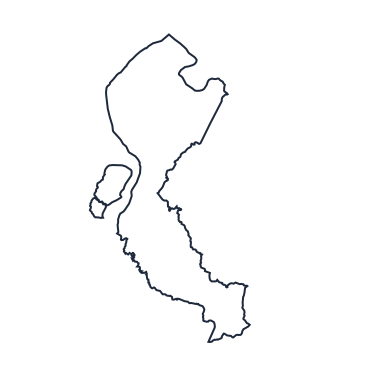 Amapá, Amapá, Brazil (Robinson projection), rotated 232°
{"feature_id": "56859067B97677328674999", "entity_name": "Amapá", "entity_type": "district", "adm_level": 2, "iso_a3": "BRA", "parent_name": "Brazil", "parent_adm1": "Amapá", "projection": "robinson", "projection_center": [-50.772, 1.676], "detail": "fine", "context": "isolated", "style": "outline", "palette": "slate", "viewbox_px": 384, "rotation_deg": 232, "n_neighbors": 0, "source": "geoboundaries", "source_scale": "gbopen_adm2", "svg_char_len": 6082}
<svg xmlns="http://www.w3.org/2000/svg" viewBox="0 0 384 384"><g transform="rotate(232 192 192)"><path d="M205.4,107.4L201.4,109.0L200.1,108.6L198.2,106.7L197.5,106.8L196.6,108.3L196.7,109.9L196.3,111.2L196.0,111.8L194.8,112.1L194.4,110.7L192.8,109.2L191.7,107.4L190.5,106.6L190.2,105.2L189.2,104.3L189.0,102.9L187.5,102.5L187.2,101.8L186.6,101.7L184.4,101.6L184.6,102.4L182.1,103.2L182.4,105.3L181.2,105.6L180.3,106.4L180.2,107.2L180.5,107.7L180.1,108.1L179.5,107.8L178.8,108.1L178.3,107.8L177.9,108.0L177.3,107.5L177.5,106.8L178.7,105.3L178.2,105.2L176.7,106.1L176.1,106.1L175.8,104.7L176.7,103.7L174.2,103.2L174.3,104.1L173.7,104.4L172.4,104.1L170.8,105.7L169.2,105.7L168.6,106.0L167.4,104.5L167.0,102.9L166.0,104.1L164.8,104.6L163.4,103.6L163.3,102.6L162.6,102.4L160.9,103.5L161.2,102.2L160.4,102.2L159.6,102.9L159.2,102.6L157.7,104.5L157.2,106.7L155.2,105.9L155.3,105.1L154.1,104.9L151.0,103.2L150.2,103.2L149.8,103.7L149.2,103.4L147.6,101.9L147.1,102.4L146.5,102.3L145.4,101.3L144.5,101.6L142.8,100.8L141.0,101.1L140.5,101.5L140.3,102.9L139.8,103.6L136.5,103.6L133.8,105.9L129.5,105.9L127.8,108.0L126.0,108.3L123.8,110.4L123.5,111.1L121.6,111.6L119.4,110.4L118.3,111.5L117.6,113.8L116.4,113.9L116.3,114.6L116.6,115.1L115.7,116.0L110.4,119.0L108.1,121.2L106.0,121.5L104.9,123.2L101.5,126.0L101.0,127.0L100.4,127.0L99.9,128.0L98.4,128.1L96.1,129.7L94.9,130.1L92.2,129.6L90.9,128.4L89.2,125.3L87.6,124.9L86.8,123.6L85.5,123.2L83.8,121.8L83.2,121.8L80.7,123.7L79.9,125.0L80.2,125.8L80.1,126.4L79.0,127.9L75.9,129.1L74.3,128.6L71.8,127.1L71.1,126.3L63.8,112.7L62.8,113.7L62.1,115.1L61.8,115.9L62.1,117.1L61.7,118.8L60.9,119.7L60.4,121.0L59.7,121.5L58.8,124.9L58.8,125.6L59.8,126.6L60.9,129.8L60.2,130.4L57.3,131.4L54.6,134.1L52.6,134.4L52.0,135.0L52.1,138.4L51.9,139.3L49.7,141.9L49.5,142.8L49.9,144.2L51.3,145.9L52.2,148.0L51.4,153.5L51.8,155.7L54.1,155.1L54.9,154.5L58.2,154.7L60.1,154.3L60.9,154.8L62.1,157.3L63.4,157.6L65.0,159.5L66.3,160.1L69.8,160.4L71.1,162.1L73.8,163.9L77.9,167.8L78.4,169.0L80.3,171.3L83.4,174.4L83.8,174.9L83.8,177.7L84.3,177.6L85.3,176.2L86.6,175.4L87.5,175.7L89.1,174.4L90.2,172.7L93.8,170.6L94.1,168.5L95.9,166.8L96.5,165.1L96.4,162.6L96.0,161.8L95.3,161.5L95.4,160.7L96.3,160.4L96.8,160.9L97.4,161.0L98.8,160.6L99.5,159.7L101.1,159.3L101.7,159.8L104.1,157.9L107.2,157.8L106.7,156.3L107.5,154.9L109.4,152.5L111.3,152.1L113.0,152.7L115.5,154.3L117.2,156.3L121.7,153.5L122.4,154.2L123.7,154.6L126.6,152.8L128.2,153.0L129.0,153.8L130.1,153.9L130.6,154.7L130.6,155.6L132.5,156.4L133.2,157.7L135.1,159.3L136.0,159.7L136.6,161.4L137.8,160.5L138.5,161.0L139.0,160.8L139.2,160.2L142.2,158.9L143.4,159.4L144.8,159.1L146.1,157.5L148.3,158.0L149.2,157.2L150.4,157.8L153.2,160.4L154.2,160.4L156.3,162.6L160.2,162.5L161.1,163.5L163.7,164.5L165.4,164.0L168.3,164.5L169.5,165.3L170.8,165.3L173.3,164.1L174.6,165.1L175.6,164.6L175.8,164.0L177.6,164.0L178.7,164.5L179.8,165.7L180.8,166.0L181.9,167.6L182.4,167.4L183.4,167.8L184.5,167.4L186.0,169.7L185.4,171.7L185.0,171.6L184.7,172.1L184.8,172.6L185.4,172.8L186.5,171.7L187.1,172.0L188.3,170.4L190.1,171.1L189.5,168.0L190.2,166.8L191.5,166.2L191.6,164.8L190.9,162.8L191.5,162.6L192.6,163.2L193.2,164.9L193.7,165.0L195.3,164.1L199.1,166.9L201.0,166.6L202.4,164.8L204.4,164.1L212.3,164.2L212.1,165.5L212.9,166.8L213.6,170.6L214.3,172.5L216.5,176.2L216.7,177.7L216.2,180.0L217.1,181.2L217.9,181.1L218.4,180.4L219.1,180.5L219.2,181.5L221.3,182.0L223.7,185.0L224.0,185.9L223.3,187.3L223.0,188.9L222.0,189.8L222.1,191.7L224.0,196.2L225.4,196.8L226.2,196.6L226.7,197.2L226.2,200.9L227.0,202.1L226.9,204.4L228.3,206.3L228.6,207.3L228.5,209.6L227.9,211.4L228.4,212.5L228.9,215.3L228.4,218.4L228.6,219.5L230.2,220.9L230.2,221.6L228.3,222.4L227.9,223.2L229.1,224.2L229.0,225.5L227.6,226.5L225.5,227.2L225.2,228.7L234.8,248.5L245.3,271.4L246.6,272.4L247.7,273.8L248.0,274.9L248.2,278.4L247.2,279.6L247.1,280.3L248.5,280.3L251.3,279.5L252.0,279.6L254.5,281.7L256.3,283.9L258.3,283.7L260.0,284.1L262.7,283.0L264.8,282.9L265.6,282.1L266.2,280.5L267.2,279.2L269.2,277.4L269.9,274.5L269.4,272.7L267.2,269.2L265.8,265.0L266.0,262.9L267.2,260.2L269.1,257.7L270.3,256.7L273.6,256.0L280.4,253.7L287.9,255.0L289.8,254.8L291.8,254.1L292.7,254.1L293.6,254.8L294.9,258.2L294.8,263.4L293.0,266.8L291.7,270.3L291.2,272.6L291.5,274.4L292.2,275.9L293.1,276.9L293.8,277.1L296.5,277.1L303.7,275.0L307.9,275.5L311.1,275.1L316.6,274.1L322.8,272.3L330.3,270.8L329.9,260.8L333.2,252.8L333.7,247.4L333.3,244.6L334.0,243.8L334.5,237.7L334.3,232.8L333.6,227.5L333.4,223.0L332.0,218.3L331.5,217.8L331.6,216.4L330.1,209.4L330.6,207.8L330.6,205.3L329.2,199.2L328.6,194.8L327.6,193.6L327.3,191.9L327.5,190.9L326.8,188.9L323.8,185.9L321.3,184.1L309.5,176.9L301.8,173.4L293.5,170.2L289.1,167.5L288.1,167.2L277.3,168.0L272.4,167.3L268.4,168.2L262.8,166.8L261.7,166.9L255.0,169.4L250.7,169.5L247.3,168.9L245.8,167.6L243.6,166.9L238.8,162.6L233.6,154.3L230.7,146.1L229.5,144.2L226.6,142.5L225.5,141.4L221.6,135.3L219.2,128.0L218.8,126.1L219.1,122.1L218.2,120.2L215.9,116.9L213.3,114.9L211.9,113.1L205.8,109.3L205.4,107.4ZM240.9,113.3L239.8,115.3L237.1,115.2L236.1,116.4L235.1,116.6L234.1,116.4L233.5,117.3L233.1,119.4L233.1,122.8L232.0,127.3L231.4,132.4L231.5,133.2L232.1,133.5L233.9,133.5L235.4,135.1L236.1,137.1L236.3,139.8L238.1,142.4L239.3,144.7L242.4,154.4L244.8,156.7L246.1,157.4L247.3,157.4L252.9,155.5L256.0,153.4L262.0,146.2L263.9,143.1L264.0,140.8L263.2,137.9L262.5,136.7L260.2,134.0L259.5,134.1L258.6,131.0L256.7,129.4L257.0,128.1L256.6,125.9L257.0,123.0L256.7,122.4L255.0,120.7L254.1,120.9L253.4,120.5L253.3,118.9L252.4,117.3L251.6,116.8L250.9,114.4L249.9,113.3L249.1,113.2L247.3,113.4L244.7,113.1L243.2,113.6L241.7,113.0L240.9,113.3ZM239.2,114.9L241.3,112.7L243.0,113.0L244.9,112.2L246.5,112.2L247.2,111.8L247.7,110.4L247.1,107.6L245.9,106.3L245.6,105.0L244.6,104.3L243.8,103.1L242.6,103.3L241.7,102.4L240.5,100.3L237.8,100.6L236.6,100.1L235.7,100.4L232.8,99.9L231.6,100.2L229.6,102.6L227.8,104.1L226.5,106.1L228.1,106.5L230.1,108.4L233.0,114.7L234.2,115.7L235.5,116.0L237.0,114.5L239.2,114.9Z" fill="none" stroke="#1e293b" stroke-width="2"/></g></svg>